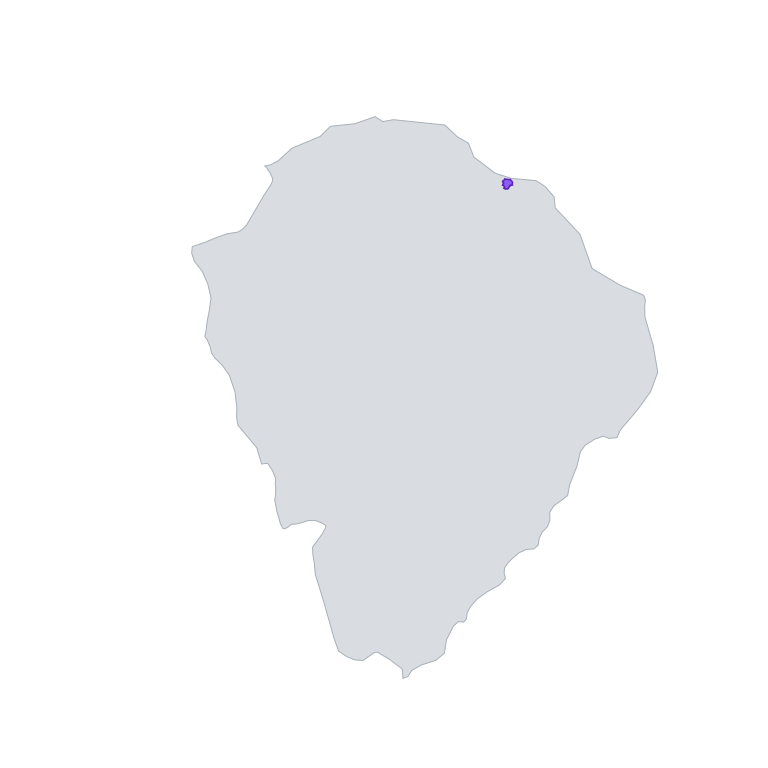 location of Salinas, Canelones, Uruguay, rotated 210°
{"feature_id": "84410073B77165260459869", "entity_name": "Salinas", "entity_type": "district", "adm_level": 2, "iso_a3": "URY", "parent_name": "Uruguay", "parent_adm1": "Canelones", "projection": "robinson", "projection_center": [-55.842, -34.745], "detail": "fine", "context": "in_parent", "style": "filled", "palette": "violet", "viewbox_px": 768, "rotation_deg": 210, "n_neighbors": 0, "source": "geoboundaries", "source_scale": "gbopen_adm2", "svg_char_len": 3413}
<svg xmlns="http://www.w3.org/2000/svg" viewBox="0 0 768 768"><g transform="rotate(210 384 384)"><path d="M596.2,513.2L591.9,517.1L587.2,524.5L581.6,542.2L563.0,566.6L559.2,580.4L539.4,594.8L525.4,611.1L516.3,610.6L508.0,617.6L460.8,638.7L443.9,634.7L431.3,634.8L419.7,625.5L393.1,622.1L376.4,625.8L354.0,636.1L347.3,635.9L342.4,635.4L330.3,631.1L323.7,622.1L289.2,611.7L261.4,588.0L228.6,587.6L203.5,590.7L199.6,587.5L197.0,581.5L191.7,572.7L170.0,551.8L152.8,531.1L149.3,510.7L151.5,488.6L156.4,462.3L155.4,454.1L161.7,449.5L167.9,448.5L173.9,441.7L179.2,431.5L180.1,423.7L175.8,409.3L172.8,389.2L169.2,379.2L176.0,363.4L176.3,355.7L172.2,349.0L171.1,342.1L172.9,334.9L172.5,328.1L169.9,321.5L171.8,316.1L178.1,311.8L182.8,305.2L185.9,296.3L187.5,289.5L187.5,284.8L185.5,280.4L181.6,276.3L183.4,268.0L190.8,255.6L195.7,244.7L197.8,235.1L197.6,227.4L195.1,221.5L196.1,217.5L200.8,215.4L202.8,209.2L202.0,193.7L197.1,181.0L200.8,170.9L211.3,159.2L216.7,149.8L217.1,142.6L220.4,138.5L225.5,146.2L240.6,148.2L255.7,148.5L258.1,146.6L264.0,133.9L271.9,130.3L280.4,129.3L289.7,130.0L299.7,138.4L327.8,165.8L348.5,184.9L354.7,193.9L360.2,200.6L364.3,206.9L362.5,223.2L362.8,230.4L363.8,232.4L368.5,232.6L375.4,231.4L381.3,228.0L385.9,222.7L390.4,218.5L394.0,216.2L395.3,212.7L397.4,209.1L399.6,208.4L403.6,211.0L413.2,220.3L420.7,229.0L422.5,233.9L425.3,239.0L428.4,243.5L430.5,247.9L437.8,253.6L445.1,257.2L450.0,253.5L462.4,265.3L489.8,275.2L494.8,281.2L499.5,289.7L509.0,302.6L522.3,314.2L532.9,319.1L543.1,321.9L548.8,324.5L552.7,328.9L558.9,333.7L562.9,335.5L564.2,339.8L568.2,349.1L572.3,361.0L576.8,372.0L586.7,382.6L597.8,390.8L609.5,395.4L616.0,401.2L618.7,407.2L610.8,416.1L602.2,427.2L594.6,436.0L586.8,442.2L584.2,446.4L582.5,452.9L582.3,487.7L581.6,500.6L582.1,504.0L583.2,506.3L588.1,509.8L593.9,512.7L596.2,513.2Z" fill="#d9dde1" stroke="#a8b0b8" stroke-width="1"/><path d="M376.8,624.3L376.9,624.2L377.1,624.2L377.3,624.0L377.5,623.9L377.9,623.7L378.0,623.6L378.3,623.5L378.4,623.4L378.7,623.3L379.0,623.2L379.3,623.0L379.6,622.9L379.9,622.7L380.1,622.6L380.3,622.6L380.5,622.5L380.6,622.4L380.8,622.4L381.0,622.3L381.2,622.2L381.3,622.2L381.5,622.1L381.8,622.0L382.0,622.0L382.0,621.9L382.0,621.7L381.9,621.5L381.9,621.2L381.9,620.7L382.0,620.5L382.0,620.2L382.3,619.9L382.5,619.8L382.5,619.3L382.5,619.0L382.5,618.8L382.5,618.7L382.5,618.4L382.4,618.4L382.2,618.4L381.8,618.4L381.6,618.3L381.5,618.1L381.3,618.0L381.0,618.0L380.9,617.9L380.8,617.6L380.8,617.3L380.9,617.2L380.7,617.0L380.8,616.9L380.9,616.6L380.9,616.4L380.8,616.1L380.8,615.9L380.7,615.8L380.7,615.7L380.8,615.7L380.8,615.4L380.7,615.3L380.4,615.4L379.5,615.4L378.8,615.4L378.5,615.2L378.2,615.0L378.1,614.7L378.0,614.4L378.2,613.5L378.0,613.4L377.4,613.5L377.2,613.5L376.2,613.5L375.9,614.0L375.7,614.3L375.1,614.4L374.8,614.4L374.7,614.5L374.7,614.8L374.3,615.0L374.1,615.2L374.1,615.3L374.1,615.5L374.1,616.0L374.0,616.5L374.1,616.8L374.2,617.0L374.3,617.4L374.3,617.5L374.2,617.7L374.1,617.8L374.1,618.0L374.3,618.2L374.2,618.3L373.9,618.3L373.8,618.5L373.9,618.8L374.0,618.9L374.0,619.0L373.9,619.1L373.6,619.6L373.3,619.9L372.9,619.9L372.8,620.4L372.8,620.5L372.4,620.5L372.2,620.6L372.3,620.7L372.6,621.0L373.0,621.4L373.2,621.9L373.3,622.5L373.4,622.8L373.6,623.0L374.0,623.2L374.6,623.5L375.0,623.5L375.5,623.7L376.0,623.9L376.2,624.0L376.6,624.0L376.8,624.3Z" fill="#8b5cf6" stroke="#5b21b6" stroke-width="1.5"/></g></svg>